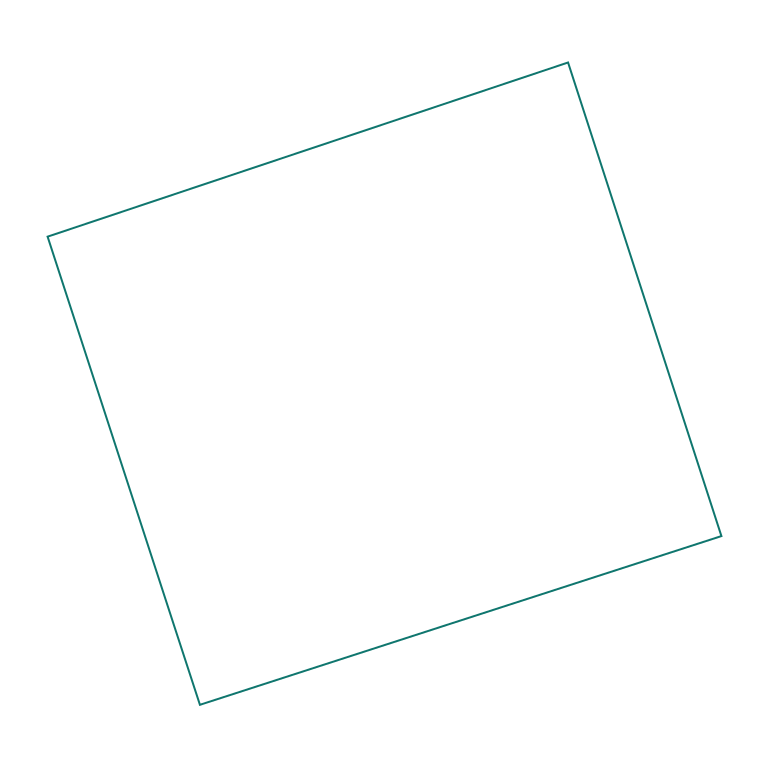 Lamb, Texas, United States of America, rotated 252°
{"feature_id": "52423323B61761098121912", "entity_name": "Lamb", "entity_type": "district", "adm_level": 2, "iso_a3": "USA", "parent_name": "United States of America", "parent_adm1": "Texas", "projection": "robinson", "projection_center": [-102.337, 34.069], "detail": "fine", "context": "isolated", "style": "outline", "palette": "teal", "viewbox_px": 768, "rotation_deg": 252, "n_neighbors": 0, "source": "geoboundaries", "source_scale": "gbopen_adm2", "svg_char_len": 238}
<svg xmlns="http://www.w3.org/2000/svg" viewBox="0 0 768 768"><g transform="rotate(252 384 384)"><path d="M628.1,109.6L219.8,109.7L135.8,109.8L135.1,657.9L632.9,658.4L628.1,109.6Z" fill="none" stroke="#0f766e" stroke-width="2"/></g></svg>